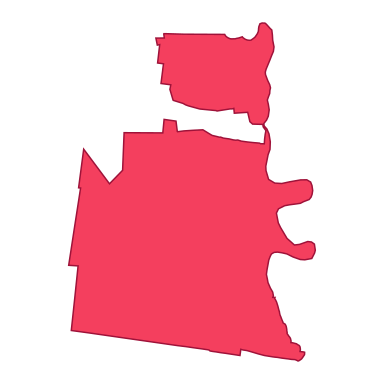 outline of Dranic, Dolj, Romania
{"feature_id": "2599482B41865085519880", "entity_name": "Dranic", "entity_type": "district", "adm_level": 2, "iso_a3": "ROU", "parent_name": "Romania", "parent_adm1": "Dolj", "projection": "orthographic", "projection_center": [23.87, 44.068], "detail": "fine", "context": "isolated", "style": "filled", "palette": "rose", "viewbox_px": 384, "rotation_deg": 0, "n_neighbors": 0, "source": "geoboundaries", "source_scale": "gbopen_adm2", "svg_char_len": 4000}
<svg xmlns="http://www.w3.org/2000/svg" viewBox="0 0 384 384"><path d="M304.7,351.7L304.7,351.9L304.5,352.1L304.1,352.0L303.7,352.0L303.2,351.9L300.0,351.5L300.1,351.0L300.2,350.5L300.3,349.9L300.4,349.5L300.3,348.5L300.2,348.1L300.1,347.1L299.9,346.6L299.6,346.0L299.3,345.7L299.1,345.4L298.6,345.2L297.8,344.7L297.3,344.4L296.8,344.0L296.5,343.8L295.8,343.6L294.2,343.2L293.0,342.9L292.0,342.7L290.9,342.6L291.0,342.2L291.0,341.7L291.0,341.2L291.0,340.6L290.9,340.2L290.7,339.5L290.6,339.0L290.5,338.6L290.3,338.1L289.9,337.5L289.5,336.9L288.9,336.3L288.6,335.7L288.2,335.1L287.7,334.5L287.2,333.7L287.1,333.4L287.1,333.1L287.1,332.6L287.2,332.2L287.0,331.8L286.9,331.3L286.8,330.7L286.8,329.8L286.6,328.4L286.4,327.3L286.1,326.1L285.5,324.8L285.2,324.2L284.8,324.0L284.3,323.7L283.6,323.2L283.1,322.9L283.0,322.7L282.9,322.4L282.9,322.1L282.8,321.7L282.2,320.4L281.6,318.9L281.2,317.9L280.9,317.0L280.5,316.1L280.0,314.9L279.6,313.1L279.5,312.5L279.5,312.2L279.4,311.6L279.1,310.8L278.7,309.4L278.2,307.4L277.8,305.9L276.6,302.1L275.6,300.0L274.6,298.3L275.0,297.4L272.8,297.4L273.4,295.8L272.7,292.1L270.4,288.1L268.0,282.6L267.4,279.2L266.4,274.4L267.0,269.9L268.8,260.0L270.1,256.6L271.4,254.0L274.1,252.4L277.5,252.1L282.0,252.8L286.8,253.9L293.1,257.0L300.2,259.5L304.8,259.8L311.8,258.5L314.6,253.0L315.3,250.2L314.4,244.1L311.5,242.0L307.8,241.5L305.2,242.4L299.5,244.4L294.4,245.0L290.3,241.3L287.0,238.4L280.6,227.6L278.3,222.9L276.4,213.1L278.5,208.8L284.7,205.7L289.5,204.8L296.3,203.9L300.4,203.3L303.5,201.7L309.2,199.5L311.1,197.1L312.1,194.3L312.7,190.5L312.0,185.6L310.6,182.0L310.2,181.8L306.8,179.8L300.6,179.9L289.7,181.8L281.8,183.5L274.8,183.1L268.6,179.4L266.0,170.6L265.8,166.2L268.1,154.7L270.0,149.4L270.3,141.8L269.0,133.9L266.9,129.0L264.2,126.0L263.8,123.6L266.6,120.0L268.3,116.2L269.2,109.8L268.3,104.2L267.4,100.4L267.4,99.8L268.4,96.9L269.7,93.5L269.9,90.4L270.5,87.9L269.7,84.7L267.7,80.5L265.5,74.6L265.3,72.4L265.5,71.3L266.1,69.2L269.7,60.5L271.7,55.4L273.4,51.4L274.0,46.9L272.7,40.2L272.4,34.9L271.8,30.0L270.0,28.3L268.5,26.6L266.8,24.7L265.7,23.6L264.9,23.1L263.7,23.1L262.3,23.0L261.7,23.1L261.1,23.4L260.0,23.7L259.6,24.7L258.9,26.5L258.6,28.2L258.5,29.8L258.3,31.5L257.3,33.8L256.0,35.7L255.1,37.0L253.6,38.3L250.9,40.2L249.7,40.3L247.6,40.1L246.1,39.6L244.8,39.0L242.9,37.6L242.3,36.8L238.7,38.0L236.5,38.4L235.1,38.8L233.5,38.8L231.8,38.9L230.1,38.7L228.4,38.0L227.1,37.2L226.3,36.7L225.4,35.6L224.7,34.4L223.7,34.4L183.9,34.2L166.3,33.7L163.9,33.7L163.8,34.2L164.3,38.0L155.9,38.1L157.3,45.1L159.7,44.6L157.6,63.0L163.5,63.8L162.7,69.8L162.7,70.1L161.0,83.5L170.8,84.8L169.9,89.4L173.1,100.2L173.4,100.4L183.0,103.4L185.7,104.9L188.5,105.9L199.8,109.0L216.2,110.6L217.0,111.0L230.2,108.9L231.4,108.9L232.3,108.9L233.8,108.4L234.3,113.2L247.7,112.3L249.9,121.7L252.6,124.1L262.8,124.4L263.2,126.9L265.9,130.6L265.2,134.3L264.6,139.1L264.3,143.8L260.6,143.7L259.4,143.1L253.4,142.6L247.7,142.0L241.2,141.1L237.8,140.0L235.7,140.2L233.4,139.9L229.1,138.9L223.4,138.1L220.6,137.1L219.4,137.2L217.2,136.6L212.1,135.4L208.6,133.3L202.9,129.8L193.1,130.3L183.9,130.9L177.5,131.7L177.3,131.5L176.0,121.1L164.1,119.4L162.8,132.9L124.1,132.7L122.6,170.3L109.5,183.8L83.7,149.2L78.6,187.8L80.6,188.0L74.7,226.1L68.7,265.3L78.1,265.9L74.7,298.6L71.3,330.5L88.9,332.9L120.2,337.4L134.2,339.4L167.1,344.1L177.5,345.6L185.8,346.6L193.3,347.7L202.7,349.0L208.1,349.8L208.3,349.8L208.8,350.0L209.2,350.2L209.5,350.5L209.8,350.8L210.2,351.0L213.0,351.5L216.1,351.9L220.8,352.7L225.5,353.3L240.0,355.5L240.1,354.5L240.4,352.6L240.7,350.0L240.8,349.3L241.1,349.4L243.1,350.0L245.3,350.3L247.1,350.6L249.9,351.4L254.0,352.6L258.3,353.9L264.4,355.5L271.8,356.7L272.3,356.8L274.6,357.1L277.6,357.4L281.8,358.1L286.4,358.7L288.2,358.9L291.5,359.4L295.0,359.6L296.2,360.1L297.1,360.5L297.7,360.8L298.0,361.0L298.4,360.9L298.8,360.8L300.4,359.8L301.6,358.9L303.0,357.0L304.5,354.7L304.6,354.0L304.6,352.8L304.7,351.7Z" fill="#f43f5e" stroke="#9f1239" stroke-width="1.5"/></svg>